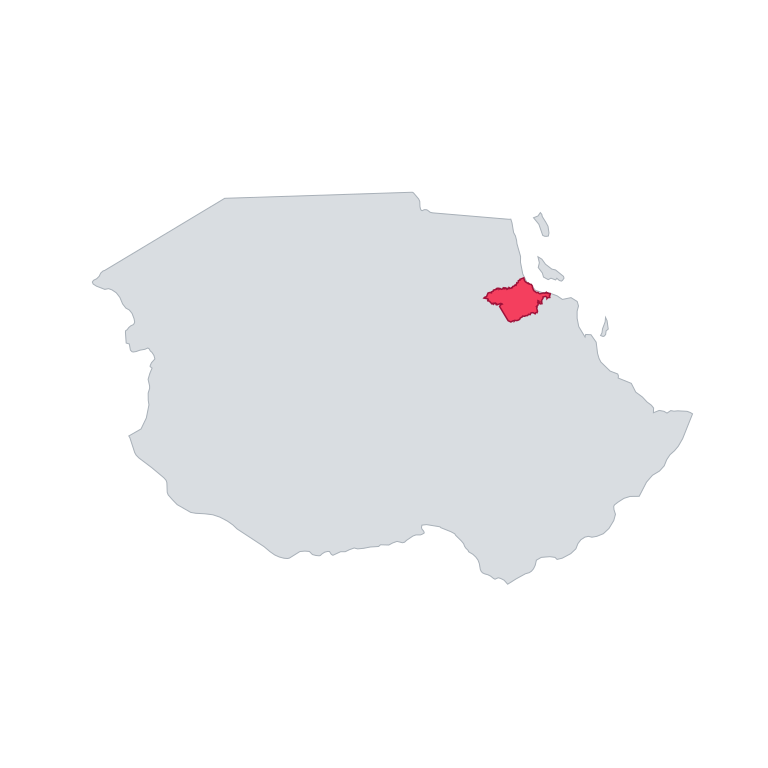 Bagamoyo, Pwani, United Republic of Tanzania (highlighted), rotated 329°
{"feature_id": "72390352B29680200356010", "entity_name": "Bagamoyo", "entity_type": "district", "adm_level": 2, "iso_a3": "TZA", "parent_name": "United Republic of Tanzania", "parent_adm1": "Pwani", "projection": "mercator", "projection_center": [38.556, -6.309], "detail": "medium", "context": "in_parent", "style": "filled", "palette": "rose", "viewbox_px": 768, "rotation_deg": 329, "n_neighbors": 0, "source": "geoboundaries", "source_scale": "gbopen_adm2", "svg_char_len": 5624}
<svg xmlns="http://www.w3.org/2000/svg" viewBox="0 0 768 768"><g transform="rotate(329 384 384)"><path d="M295.7,520.5L288.4,516.7L281.8,514.3L276.4,511.7L274.0,509.2L268.9,508.2L264.5,507.8L260.4,505.4L252.0,504.5L251.1,503.0L251.0,499.5L249.5,498.5L246.5,497.6L243.2,497.7L241.2,498.2L240.0,497.9L237.3,495.9L234.8,493.3L233.8,489.1L230.0,486.4L225.6,484.3L213.3,484.5L211.4,483.9L208.5,481.8L205.1,478.3L202.3,474.3L199.9,468.9L197.4,461.6L183.4,432.5L181.9,427.0L179.2,420.9L174.7,413.5L169.9,407.9L163.5,402.9L156.1,397.9L152.2,394.5L144.6,380.9L143.1,374.5L141.9,367.9L142.4,365.2L147.1,356.7L147.6,354.3L147.0,351.0L144.7,344.3L141.8,336.0L135.8,321.1L134.9,317.3L135.0,314.4L138.5,299.2L138.5,297.1L152.6,297.4L162.8,290.7L171.8,280.8L173.5,276.6L177.2,270.3L180.8,267.1L182.1,264.9L184.2,258.5L188.9,254.2L193.4,250.9L192.5,248.6L193.2,247.7L195.7,246.0L200.5,244.5L201.5,241.1L201.4,237.4L200.7,235.3L200.8,232.8L200.1,231.5L196.9,231.1L192.2,229.3L188.2,228.5L185.5,227.4L184.6,226.5L184.1,224.3L186.3,218.5L184.1,216.1L189.0,206.5L189.9,205.3L191.7,205.2L194.5,204.1L197.1,203.7L199.3,204.0L200.8,203.6L202.2,202.5L203.4,199.3L204.4,193.8L203.8,189.4L201.8,185.9L201.2,180.7L202.2,173.7L201.5,167.9L199.3,163.2L197.0,160.4L193.4,159.1L187.9,152.0L186.2,148.5L186.5,146.4L188.4,145.5L191.9,145.8L195.3,145.0L198.4,143.0L201.4,142.4L202.9,142.8L343.1,142.8L507.0,234.2L507.7,235.3L509.0,243.2L508.7,245.9L506.2,250.4L505.4,252.8L505.4,254.4L506.0,255.1L508.2,255.3L510.0,256.4L510.7,257.2L512.1,260.7L513.9,262.4L576.1,307.3L577.6,308.0L576.7,311.8L573.1,320.9L572.9,324.8L571.6,329.2L570.2,332.2L566.7,345.1L563.7,349.9L559.6,361.2L558.9,369.9L561.2,376.0L562.0,381.6L566.8,387.2L570.6,389.2L573.2,391.8L577.8,397.6L580.5,403.4L588.8,406.3L592.1,412.8L590.9,417.3L587.0,421.1L583.4,427.1L580.5,435.1L580.5,447.3L582.4,445.4L586.8,448.4L587.4,457.4L582.8,467.8L581.5,472.7L581.2,476.9L584.5,489.4L589.5,495.8L589.1,497.8L587.8,499.5L596.3,510.8L595.6,520.6L598.8,528.3L600.2,534.9L602.3,540.0L602.7,543.5L600.1,547.4L606.3,548.4L609.9,551.6L611.6,554.7L616.1,554.5L618.5,556.6L622.0,558.3L629.7,563.5L631.8,566.1L633.1,568.5L611.8,584.7L604.2,588.9L598.7,590.8L592.8,591.9L587.3,594.5L582.0,598.5L575.3,600.5L567.1,600.5L558.5,603.3L544.9,611.7L537.0,607.1L530.8,605.6L523.7,605.8L519.3,606.3L517.8,607.3L516.4,610.2L515.3,614.9L510.6,619.4L502.4,623.7L494.9,625.3L488.0,624.2L483.3,622.4L480.8,619.9L477.3,618.7L472.5,618.9L468.0,620.7L463.6,624.1L456.7,625.6L447.1,625.1L442.0,623.5L441.3,620.7L437.2,617.4L429.5,613.6L423.9,613.5L420.3,617.2L417.0,619.4L414.0,620.4L411.3,620.5L407.5,619.5L396.9,619.1L386.9,619.3L385.9,614.0L383.9,610.8L382.1,608.9L378.6,608.5L377.7,607.0L376.5,603.7L374.8,601.0L372.6,598.7L371.2,596.6L370.8,594.6L371.1,592.4L373.2,587.1L373.9,583.4L373.6,579.7L372.5,575.8L370.1,571.3L370.4,570.0L369.6,566.8L369.5,564.7L370.0,561.9L369.5,558.4L367.5,550.7L367.5,548.8L365.3,545.1L358.7,536.4L358.4,535.2L348.0,526.4L343.8,524.5L342.3,526.2L341.8,527.7L342.2,530.5L342.0,531.9L341.5,532.5L339.1,532.4L337.5,532.1L333.6,529.8L330.5,529.2L322.9,529.6L320.2,530.2L318.1,529.6L314.1,525.6L309.4,524.7L305.2,524.5L298.2,520.0L295.7,520.5ZM589.8,374.6L593.3,384.2L592.8,386.0L590.4,387.1L589.1,387.2L587.6,385.6L586.6,382.4L584.7,383.2L581.6,379.3L578.5,379.1L575.8,374.5L576.9,370.5L576.2,363.6L579.6,360.1L581.5,354.2L583.6,358.3L584.1,364.5L587.0,371.9L589.8,374.6ZM606.3,317.6L606.6,319.9L605.9,322.0L606.0,328.8L605.8,333.3L603.2,339.5L601.1,341.8L599.3,341.1L597.8,340.1L596.6,338.4L599.0,326.9L597.8,318.5L602.5,319.3L606.3,317.6ZM599.4,455.8L597.0,456.4L596.1,455.9L594.6,454.0L597.2,452.4L599.7,449.3L605.5,444.7L608.2,441.0L607.8,444.6L604.5,452.4L601.7,452.9L599.4,455.8Z" fill="#d9dde1" stroke="#a8b0b8" stroke-width="1"/><path d="M573.0,392.1L571.7,391.2L571.3,390.3L571.0,390.4L570.9,390.0L569.9,389.6L570.2,389.0L568.4,388.9L567.5,388.1L564.1,386.9L563.4,386.1L563.2,384.8L561.8,384.3L560.4,381.0L561.0,377.6L561.6,376.6L561.5,374.5L560.4,373.6L559.7,371.9L559.3,372.2L557.9,369.4L557.7,367.6L558.5,365.0L554.4,364.3L554.0,365.0L552.4,364.6L551.2,366.1L550.1,366.1L549.9,365.7L548.0,367.5L547.6,367.2L547.9,366.8L547.2,366.6L546.1,367.1L544.5,366.7L543.7,367.6L543.0,367.1L542.2,367.4L541.5,367.0L540.9,365.8L540.4,366.5L539.9,365.9L539.7,366.2L538.2,366.2L538.3,365.5L537.7,365.1L538.0,364.6L537.2,363.8L536.7,364.1L536.1,363.3L535.8,363.9L535.4,363.2L534.8,363.6L533.3,363.2L532.7,362.0L531.8,362.0L532.2,361.6L531.8,361.1L530.4,360.9L530.7,360.5L530.2,360.2L529.2,360.2L528.9,360.7L526.2,359.9L525.5,360.6L523.3,360.4L523.0,361.1L521.7,360.0L520.0,359.6L516.9,361.9L514.8,361.5L513.9,361.8L516.9,364.5L516.8,365.3L516.0,365.6L515.9,366.4L516.5,366.6L517.0,367.5L517.8,371.0L518.8,370.9L518.9,371.8L519.6,371.3L520.9,371.9L520.7,372.2L521.3,372.3L521.1,373.4L521.7,373.3L521.8,373.8L521.1,374.1L521.8,374.1L521.7,374.4L525.5,375.0L526.4,376.0L526.5,376.4L524.6,376.0L524.3,376.6L523.1,376.9L523.0,377.9L523.0,393.7L524.7,396.2L527.0,396.3L528.3,396.7L528.1,397.1L528.8,396.8L530.6,398.1L532.5,398.5L533.9,398.3L534.8,397.6L537.1,397.7L537.8,397.2L539.6,398.5L540.3,398.2L542.3,399.3L543.8,398.7L545.0,399.8L546.3,398.9L547.2,398.9L548.6,399.7L549.7,401.7L550.8,401.1L551.8,401.2L552.0,401.6L553.0,400.8L554.0,397.4L554.9,396.9L554.6,396.1L556.7,395.6L557.7,394.4L557.8,393.1L558.4,393.1L558.9,391.9L559.5,392.6L558.9,394.7L559.1,395.8L560.8,396.5L561.2,395.5L560.8,394.5L561.7,394.5L562.0,393.7L564.6,392.3L565.1,391.3L567.8,392.2L568.2,393.6L567.7,394.7L568.7,394.3L570.7,395.2L571.4,393.4L572.3,393.2L573.0,392.1Z" fill="#f43f5e" stroke="#9f1239" stroke-width="1.5"/></g></svg>